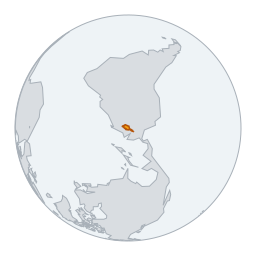 the Earth from above Apure, rotated 209°
{"feature_id": "VEN-25", "entity_name": "Apure", "entity_type": "State", "adm_level": 1, "iso_a3": "VEN", "parent_name": "Venezuela", "parent_adm1": "", "projection": "orthographic", "projection_center": [-69.326, 7.078], "detail": "fine", "context": "on_globe", "style": "filled", "palette": "amber", "viewbox_px": 256, "rotation_deg": 209, "n_neighbors": 0, "source": "natural_earth", "source_scale": "10m", "svg_char_len": 9213}
<svg xmlns="http://www.w3.org/2000/svg" viewBox="0 0 256 256"><g transform="rotate(209 128 128)"><circle cx="128" cy="128" r="113" fill="#eef3f6" stroke="#a8b0b8"/><path d="M110.8,125.4L108.2,124.1L105.6,127.4L96.8,121.8L93.8,115.1L67.9,103.8L65.5,100.4L65.9,95.0L59.8,77.4L61.3,93.7L58.4,90.5L56.6,84.6L58.2,83.2L57.9,74.8L55.7,71.7L57.6,61.7L66.2,49.9L66.5,51.8L68.6,49.1L68.3,46.8L67.6,46.0L74.2,36.2L74.4,31.8L70.8,33.0L74.5,31.0L65.0,35.5L62.7,36.3L67.6,33.9L69.9,32.6L69.5,32.2L71.7,30.8L72.9,30.0L75.6,28.5L78.2,27.6L80.0,26.7L79.6,26.6L82.1,25.3L82.4,25.6L86.8,23.4L92.0,22.3L90.6,25.7L95.8,25.0L100.4,28.9L102.3,27.8L105.2,29.1L108.5,28.4L108.4,29.7L111.1,28.1L110.5,27.1L111.5,26.2L113.3,25.8L113.6,27.2L112.7,27.6L113.7,27.8L113.0,28.8L114.4,28.1L114.5,30.1L117.2,27.6L119.6,28.8L118.8,30.3L115.3,30.7L104.9,36.5L103.1,38.7L104.1,41.1L113.6,44.0L113.1,46.5L115.0,49.4L117.0,47.6L116.1,44.7L120.2,42.3L118.7,39.5L120.1,38.2L120.0,35.4L123.9,35.3L127.7,36.9L128.0,39.4L129.7,40.3L132.6,37.7L136.2,42.6L143.8,46.5L144.3,48.0L139.6,50.8L131.7,51.0L125.6,56.0L133.5,52.4L134.6,56.8L136.4,57.6L138.6,57.3L139.8,55.6L141.0,57.2L133.6,61.0L132.4,59.6L134.8,58.3L131.0,58.6L126.1,61.8L127.1,64.1L118.6,67.5L119.2,69.4L117.7,71.4L117.3,68.1L117.8,74.2L108.0,81.3L108.5,92.7L103.8,83.9L99.5,82.9L94.3,83.1L94.2,84.9L87.4,83.6L81.0,87.5L78.3,96.6L80.3,103.7L87.9,104.0L90.4,100.0L96.1,99.3L91.7,110.0L101.6,111.5L100.4,119.7L103.2,123.9L108.2,122.8L113.4,124.8L117.3,120.1L123.3,117.5L123.4,124.1L126.8,118.0L130.2,121.2L142.3,120.7L141.4,122.3L151.6,129.9L162.7,133.0L165.3,137.7L164.0,140.7L167.8,141.4L167.9,143.4L183.1,145.7L190.8,150.1L190.5,156.8L183.9,164.9L177.7,181.1L165.7,186.7L162.5,193.0L152.9,202.2L145.7,201.7L147.6,206.0L143.4,208.6L138.7,208.8L137.7,211.8L134.2,211.9L136.5,213.8L130.8,217.5L132.4,220.5L128.2,223.3L129.4,225.0L127.8,224.9L126.2,225.5L126.1,226.4L121.2,224.9L119.9,221.1L121.6,219.1L119.5,218.8L123.1,213.6L120.8,214.6L121.3,206.5L124.5,199.6L126.4,178.8L124.0,174.6L115.3,169.6L104.9,153.5L107.6,146.8L105.3,143.7L112.7,134.2L110.8,125.4ZM21.7,92.6L22.5,90.1L22.2,91.7L21.7,92.6ZM23.0,88.5L22.7,89.4L22.9,88.7L23.0,88.5ZM23.1,88.0L23.0,88.4L23.0,88.2L23.1,88.0ZM23.1,87.6L23.1,87.8L23.1,87.6ZM107.7,96.7L119.1,102.2L112.5,102.9L113.7,101.9L110.9,99.6L105.6,97.5L99.8,98.7L107.7,96.7ZM23.5,86.3L23.6,85.9L23.7,85.7L23.5,86.3ZM113.1,90.3L111.1,89.8L113.1,89.8L113.1,90.3ZM66.9,45.9L68.0,46.9L67.5,49.6L66.3,48.9L66.9,45.9ZM68.3,41.3L69.5,41.2L67.1,43.7L67.2,43.0L68.3,41.3ZM67.6,34.4L68.1,34.6L66.9,34.9L67.6,34.4ZM72.5,30.1L71.7,30.6L72.6,30.0L72.5,30.1ZM117.9,35.7L118.9,35.5L118.4,36.1L117.9,35.7ZM116.9,34.7L115.5,35.5L114.8,35.1L115.7,34.6L116.9,34.7ZM77.6,27.3L79.4,26.4L78.1,27.1L77.6,27.3ZM118.7,33.8L113.8,34.4L112.6,33.8L114.8,31.6L118.7,33.8ZM87.1,23.1L84.3,24.2L82.9,24.9L82.4,25.0L80.7,25.8L82.4,25.0L87.1,23.1ZM109.5,27.0L110.2,28.0L107.9,27.6L109.5,27.0ZM107.8,27.0L99.4,27.6L99.3,26.2L102.1,26.1L100.7,24.8L104.8,23.7L106.5,24.2L105.8,25.3L107.9,24.1L107.8,27.0ZM93.2,20.9L94.6,20.4L93.6,20.7L93.2,20.9ZM111.7,25.8L110.0,25.9L109.8,24.6L113.2,24.1L112.2,24.7L111.7,25.8ZM98.3,25.1L98.7,24.1L102.2,23.0L102.8,22.5L104.9,23.6L98.3,25.1ZM113.1,24.8L114.9,23.9L116.7,24.2L113.3,25.6L113.1,24.8ZM108.4,24.6L108.4,24.0L109.5,24.1L108.4,24.6ZM124.0,25.3L122.0,25.3L121.7,24.5L124.0,25.3ZM115.4,23.6L114.8,23.5L114.5,23.3L116.0,22.8L115.4,23.6ZM107.2,22.8L108.5,22.6L106.5,22.3L109.0,21.6L109.9,22.5L110.6,21.8L111.4,21.6L111.2,22.6L107.2,22.8ZM116.5,21.8L118.5,23.0L122.3,23.0L122.7,23.6L116.4,23.4L116.5,21.8ZM113.4,22.1L115.4,22.0L114.8,22.7L113.1,23.2L113.4,22.1ZM110.4,20.8L106.3,21.7L110.4,20.8ZM117.7,21.6L117.2,21.3L118.0,21.5L117.7,21.6ZM112.8,20.9L111.3,21.1L111.3,20.9L112.8,20.9ZM117.4,20.7L118.0,21.0L116.9,21.3L117.4,20.7ZM115.4,20.6L115.7,20.2L116.1,21.2L114.7,20.8L115.4,20.6ZM113.0,20.6L112.5,20.5L113.6,20.5L113.0,20.6ZM121.3,19.5L122.1,20.6L119.6,21.2L119.1,20.0L121.3,19.5ZM129.3,228.1L121.7,225.4L125.9,226.7L128.8,225.3L132.9,227.2L129.3,228.1ZM137.8,224.4L141.2,223.6L142.1,224.0L139.9,224.7L137.8,224.4ZM215.1,56.6L214.6,55.9L214.3,55.6L215.1,56.6ZM212.7,53.8L213.9,55.4L217.0,59.1L218.6,61.3L213.9,56.0L212.1,53.8L205.9,49.2L208.1,51.6L214.0,56.3L213.5,56.2L216.5,60.1L213.9,57.1L206.8,51.9L206.4,54.7L211.3,65.6L209.9,67.3L206.4,66.4L199.3,56.8L203.1,54.1L200.6,51.2L195.3,48.0L196.9,47.6L195.2,46.1L196.1,45.2L193.0,40.9L193.4,39.9L187.8,35.7L187.2,34.8L190.7,37.4L193.2,38.9L193.5,37.2L192.3,36.1L188.7,33.7L189.2,33.8L185.6,31.7L183.7,30.1L183.1,30.4L178.8,28.1L175.2,26.1L173.7,25.6L179.5,28.9L181.9,30.3L184.2,31.3L190.6,35.9L191.4,37.1L184.3,33.0L184.7,34.5L179.0,31.1L166.8,23.2L164.0,21.6L167.6,22.6L171.6,24.2L174.4,25.4L181.6,28.9L188.5,33.0L195.1,37.5L201.4,42.5L207.2,47.9L212.7,53.8ZM225.9,183.7L227.8,180.1L234.6,162.2L237.3,153.0L238.4,146.4L238.2,133.0L238.5,124.6L237.7,121.6L236.6,123.2L235.4,119.7L234.5,120.1L226.6,126.1L222.4,122.0L213.5,107.9L213.7,101.2L210.8,94.2L209.7,67.7L212.9,68.0L215.8,62.3L216.8,62.7L220.1,67.9L225.2,72.0L222.6,67.2L223.3,67.9L227.4,74.9L230.9,82.2L233.9,89.7L236.4,97.5L238.3,105.3L239.7,113.3L240.4,121.4L240.6,129.5L240.2,137.6L239.3,145.6L237.7,153.6L235.6,161.4L232.9,169.0L229.7,176.5L225.9,183.7ZM214.0,80.0L215.0,82.1L214.0,80.0ZM142.7,120.6L144.2,121.9L142.2,122.0L142.7,120.6ZM111.5,105.6L113.9,105.8L115.2,106.8L113.3,107.1L111.5,105.6ZM132.1,105.6L135.0,106.2L132.0,106.8L132.1,105.6ZM120.9,102.9L129.9,105.5L124.1,107.4L118.4,105.9L122.4,105.4L120.9,102.9ZM111.8,94.0L113.3,94.4L112.8,95.6L111.8,94.0ZM114.5,90.3L114.0,90.4L113.2,89.4L114.5,90.3ZM135.0,56.6L135.6,56.3L137.9,56.5L136.8,57.2L135.0,56.6ZM148.0,53.1L149.6,55.9L147.7,54.3L146.5,55.6L141.0,54.2L144.3,48.7L143.8,51.3L148.0,53.1ZM134.5,51.3L137.7,52.5L134.1,51.4L134.5,51.3ZM184.7,40.0L186.5,40.5L188.3,42.3L187.9,44.5L185.3,41.8L184.7,40.0ZM188.7,40.9L181.7,36.7L181.7,35.5L182.9,36.8L183.6,36.4L185.7,38.5L192.5,41.8L194.5,43.6L192.6,46.1L192.1,44.1L190.4,43.7L188.7,40.9ZM163.9,31.2L160.9,30.2L164.8,28.7L167.1,29.9L166.9,31.9L163.9,31.8L163.9,31.2ZM123.6,30.1L122.2,30.4L122.1,29.9L123.2,29.3L123.6,30.1ZM123.1,25.3L129.6,28.4L128.4,28.9L133.8,30.6L132.5,32.5L129.0,31.3L132.1,34.3L128.5,33.9L130.9,35.9L123.4,32.9L120.2,32.9L124.2,32.1L125.5,30.2L125.1,29.5L121.6,27.5L115.5,27.1L115.8,25.5L117.6,24.5L119.1,24.4L118.4,25.4L120.9,24.5L121.1,25.8L123.1,25.3ZM138.7,18.3L137.3,18.7L142.3,18.6L142.6,19.4L143.1,19.4L144.7,20.1L147.7,21.1L147.3,21.4L148.6,21.7L149.7,22.3L151.3,22.8L151.2,23.7L153.2,24.5L152.0,24.5L155.5,25.6L152.8,25.2L154.0,26.2L156.0,26.1L151.0,31.3L151.1,34.4L152.6,37.3L147.7,36.7L143.2,33.7L139.6,30.2L140.2,27.5L137.9,27.9L137.6,26.8L139.5,27.0L136.3,26.1L136.5,25.4L133.3,23.2L128.4,22.9L127.1,22.2L129.1,22.0L126.4,21.5L129.3,20.7L128.4,20.3L130.5,19.2L134.9,19.2L133.5,18.8L135.0,18.2L138.7,18.3ZM122.0,19.1L127.2,18.6L129.9,18.9L125.2,20.7L125.6,21.2L122.8,22.7L118.9,22.4L120.1,21.9L120.3,21.5L121.4,21.7L120.7,21.2L122.3,20.6L122.2,20.1L124.0,20.0L122.0,19.1ZM215.7,60.5L216.1,60.4L216.1,59.8L218.0,62.4L215.7,60.5ZM211.1,57.0L211.0,56.4L213.7,59.4L213.3,59.7L211.1,57.0ZM208.8,53.7L210.8,56.2L209.5,55.0L208.8,53.7ZM190.4,36.9L190.1,36.3L191.0,36.8L192.2,37.9L190.4,36.9ZM153.7,19.4L152.4,19.3L151.8,19.1L147.9,18.5L147.4,18.1L149.6,18.2L153.7,19.4ZM219.9,62.8L219.3,62.2L219.8,62.7L219.9,62.8ZM152.5,18.8L150.9,18.6L151.6,18.5L152.5,18.8ZM146.9,17.7L147.3,17.6L146.9,17.9L146.9,17.7ZM143.6,16.5L145.4,16.8L144.8,16.8L143.6,16.5ZM94.3,20.5L94.6,20.4L93.4,20.8L93.6,20.7L94.3,20.5Z" fill="#d9dde1" stroke="#a8b0b8" stroke-width="1"/><path d="M122.2,127.4L122.3,127.3L122.5,127.3L122.8,127.4L123.0,127.3L123.1,127.2L123.3,127.2L123.3,127.3L123.5,127.3L123.8,127.3L123.8,127.2L124.1,127.2L124.2,127.3L124.3,127.3L124.5,127.4L124.8,127.5L125.0,127.6L125.3,127.6L125.5,127.6L125.7,127.4L125.8,127.4L126.0,127.3L126.0,127.2L126.2,126.9L126.3,126.9L126.3,127.0L126.4,126.9L126.5,126.8L126.5,126.7L126.8,126.7L127.0,126.6L127.5,126.3L127.7,126.1L127.8,126.0L128.0,126.1L128.3,126.0L128.5,126.2L128.7,126.3L128.8,126.3L129.0,126.4L129.3,126.3L129.3,126.2L129.5,126.3L129.8,126.2L129.9,126.3L130.0,126.3L130.0,126.2L130.1,126.3L130.2,126.2L130.3,126.2L130.5,126.1L130.8,126.1L131.1,126.1L131.3,126.2L131.5,126.3L131.8,126.4L131.9,126.5L132.0,126.5L132.3,126.6L132.5,126.6L132.9,126.6L133.0,126.7L133.3,126.6L133.5,126.5L133.8,126.7L133.8,126.8L133.7,126.9L133.6,127.0L133.4,127.3L133.3,127.5L133.2,127.5L132.9,127.6L132.7,127.7L132.7,127.8L132.4,128.0L132.5,128.3L132.4,128.4L132.4,128.5L132.5,128.5L132.4,128.6L132.3,128.9L132.3,129.1L132.2,129.2L132.2,129.3L132.0,129.5L131.9,129.6L131.7,129.6L131.4,129.6L131.1,129.5L130.9,129.5L130.7,129.7L130.3,129.7L130.2,129.7L130.0,129.8L129.9,129.8L129.8,129.7L129.7,129.7L129.6,129.8L129.4,129.8L129.2,129.8L129.0,129.7L128.8,129.8L128.8,129.7L128.7,129.7L128.4,129.8L128.2,130.0L128.1,129.9L127.9,129.8L126.5,128.3L126.4,128.2L126.2,128.2L126.1,128.3L125.9,128.2L125.7,128.1L125.4,128.0L125.1,128.0L124.9,128.0L124.7,128.2L124.4,128.2L124.2,128.2L123.9,128.1L123.7,128.1L123.4,128.0L123.2,128.1L122.8,128.1L122.7,128.1L122.5,127.8L122.5,127.7L122.4,127.6L122.5,127.6L122.4,127.4L122.2,127.4Z" fill="#f59e0b" stroke="#b45309" stroke-width="1.5"/></g></svg>